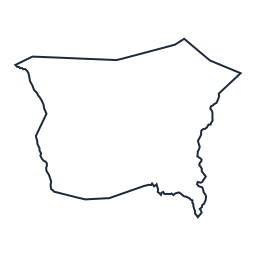 the district of Iraquara, Bahia, Brazil
{"feature_id": "56859067B68644290328540", "entity_name": "Iraquara", "entity_type": "district", "adm_level": 2, "iso_a3": "BRA", "parent_name": "Brazil", "parent_adm1": "Bahia", "projection": "natural_earth1", "projection_center": [-41.56, -12.26], "detail": "fine", "context": "isolated", "style": "outline", "palette": "slate", "viewbox_px": 256, "rotation_deg": 0, "n_neighbors": 0, "source": "geoboundaries", "source_scale": "gbopen_adm2", "svg_char_len": 2231}
<svg xmlns="http://www.w3.org/2000/svg" viewBox="0 0 256 256"><path d="M240.6,73.2L212.1,61.4L210.0,60.5L199.7,51.9L184.2,38.8L174.9,44.7L149.4,51.5L122.6,58.6L116.3,60.1L110.3,59.8L80.9,58.6L60.0,57.7L32.8,56.6L31.4,57.1L15.4,64.9L17.0,66.7L18.9,67.0L20.0,68.1L22.0,68.1L23.2,69.2L25.2,69.1L27.2,71.0L28.6,73.5L29.0,75.9L29.5,78.0L29.8,80.4L30.5,82.1L31.5,83.9L32.5,85.7L33.3,88.0L34.1,90.1L35.5,91.4L37.0,92.9L38.0,95.3L39.4,96.9L40.4,98.4L41.8,100.7L42.8,103.0L43.5,104.5L43.8,106.6L44.4,109.2L45.4,111.2L46.5,113.7L35.9,135.9L36.3,137.8L36.8,139.5L37.3,141.2L37.3,143.4L38.1,145.6L39.4,147.8L39.6,150.8L41.1,153.3L40.4,155.8L41.9,158.7L43.6,160.7L45.5,161.6L46.8,163.2L46.9,165.8L46.1,167.9L46.4,170.7L47.7,172.9L48.9,174.7L49.8,177.3L50.6,179.7L51.2,181.8L50.6,184.3L50.8,186.9L51.3,189.3L52.8,190.1L53.9,191.6L58.9,192.9L79.2,198.0L81.2,198.4L85.2,199.4L105.8,198.3L109.1,198.2L144.0,186.0L148.9,184.8L151.2,185.0L152.1,183.5L153.1,184.8L154.0,186.3L155.4,185.5L156.6,184.3L157.3,187.0L158.1,189.2L157.7,191.9L159.6,193.3L160.9,194.8L161.6,192.8L163.2,191.9L164.4,194.0L167.6,193.9L170.1,194.1L171.6,193.5L173.3,195.0L175.2,193.5L177.2,192.8L179.0,192.5L180.9,193.7L182.8,195.4L184.2,196.4L186.0,196.6L187.8,197.5L189.4,198.2L190.6,199.6L192.5,200.4L192.3,202.7L193.3,204.0L193.3,206.0L193.8,207.6L194.3,209.4L195.1,211.2L195.1,213.6L196.7,215.5L197.8,217.2L199.2,215.5L200.4,214.2L201.6,212.7L201.1,211.1L199.8,208.9L201.9,207.2L202.3,204.9L204.0,203.8L205.0,201.5L205.7,199.8L206.0,197.2L205.8,195.5L204.8,193.8L203.7,192.4L203.3,190.5L202.8,188.8L202.0,187.2L200.0,186.7L198.3,185.9L197.0,184.1L197.8,182.0L200.6,182.7L202.3,181.9L203.2,180.2L204.5,178.5L205.8,176.4L204.1,174.4L202.8,172.7L201.7,170.9L201.8,168.8L200.9,167.2L199.2,165.0L199.8,162.9L201.3,161.3L201.5,159.4L199.6,157.8L197.4,156.4L197.7,153.7L197.8,151.7L199.2,148.8L199.7,146.7L198.8,144.0L197.9,140.9L199.0,139.0L199.9,137.2L201.1,134.8L201.1,132.8L201.4,130.5L203.0,129.2L204.8,128.9L206.9,127.5L208.5,124.6L210.5,124.6L211.3,122.6L212.6,120.6L212.4,117.9L212.5,113.4L212.1,111.1L210.3,108.7L211.0,106.3L212.7,105.5L214.3,104.0L216.5,102.9L217.5,100.6L218.2,98.9L219.1,96.4L218.8,93.6L240.6,73.2Z" fill="none" stroke="#1e293b" stroke-width="2"/></svg>